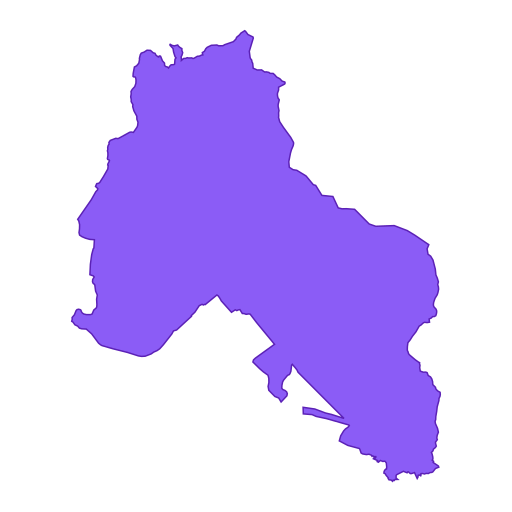 Bunesti, Vâlcea, Romania (Mercator projection)
{"feature_id": "2599482B20268372174714", "entity_name": "Bunesti", "entity_type": "district", "adm_level": 2, "iso_a3": "ROU", "parent_name": "Romania", "parent_adm1": "Vâlcea", "projection": "mercator", "projection_center": [24.207, 45.108], "detail": "fine", "context": "isolated", "style": "filled", "palette": "violet", "viewbox_px": 512, "rotation_deg": 0, "n_neighbors": 0, "source": "geoboundaries", "source_scale": "gbopen_adm2", "svg_char_len": 5949}
<svg xmlns="http://www.w3.org/2000/svg" viewBox="0 0 512 512"><path d="M417.2,478.5L417.9,477.3L418.2,475.2L419.3,475.0L420.7,475.8L421.0,475.0L420.7,474.0L421.0,473.6L422.7,473.5L424.4,474.0L426.1,473.4L428.4,473.5L429.9,472.6L431.8,472.4L432.8,471.9L435.5,468.5L438.8,467.2L438.4,466.0L433.2,462.5L433.6,461.3L432.2,460.2L432.9,459.0L432.8,457.0L432.1,454.0L431.4,452.5L433.0,450.8L433.4,449.2L435.4,447.5L436.3,446.1L435.6,443.5L435.5,442.1L437.3,439.7L436.8,438.0L437.2,435.3L438.4,432.2L437.5,428.3L435.4,423.5L435.1,421.2L435.7,419.6L435.8,416.6L436.7,411.3L437.2,406.8L438.9,400.6L439.0,398.5L440.0,396.3L440.3,394.4L440.1,392.3L437.8,391.0L436.5,389.7L435.7,388.6L435.5,387.3L432.8,384.6L432.6,381.6L431.8,378.9L430.5,376.9L428.2,375.5L427.1,372.6L425.8,372.1L423.3,372.2L420.3,371.1L419.7,367.7L420.0,365.3L419.5,363.6L419.6,362.6L418.8,362.3L415.3,359.8L409.3,354.7L408.5,353.5L407.9,351.4L407.4,350.7L407.3,349.4L407.4,346.5L407.9,342.7L410.1,340.0L412.5,336.2L415.9,331.9L419.2,326.1L420.9,325.1L423.4,322.8L424.6,322.3L427.1,322.6L429.5,322.2L429.1,319.0L431.3,318.0L432.6,316.6L434.2,316.6L435.8,315.7L436.4,313.8L436.7,311.9L436.6,310.6L436.0,309.1L434.0,306.9L433.5,305.7L433.4,304.3L433.7,302.2L435.0,298.4L437.2,294.8L437.9,292.7L438.6,289.2L438.4,286.9L437.7,284.5L438.4,281.9L437.3,278.1L435.9,274.9L435.3,269.1L433.0,260.1L430.7,256.2L428.0,254.2L427.1,248.8L428.8,244.7L415.0,235.3L407.3,230.6L394.2,225.6L375.8,226.3L369.2,224.0L354.6,209.3L346.3,208.7L342.1,208.8L338.2,207.9L332.9,196.5L321.9,195.4L315.7,185.4L313.3,184.7L306.1,176.0L296.8,170.3L293.1,169.7L289.3,167.3L288.8,161.7L290.5,153.0L291.5,149.6L293.1,145.9L293.6,143.7L293.5,142.4L290.8,137.5L283.5,127.5L279.7,121.7L278.5,117.2L278.7,116.2L278.6,112.7L279.0,110.6L278.1,106.2L278.2,104.3L279.2,100.2L279.1,99.4L278.3,98.6L277.7,96.9L277.4,94.9L277.5,93.1L278.6,90.0L278.6,87.2L284.7,84.0L285.1,83.0L284.8,82.0L282.1,81.1L279.8,78.7L276.6,77.0L274.8,74.9L273.1,73.4L270.8,73.4L269.8,73.2L268.9,72.4L266.5,71.9L264.6,72.0L261.6,69.9L257.3,70.0L253.2,68.2L252.7,63.3L252.0,61.9L251.6,59.9L250.5,58.6L250.1,57.5L249.3,51.3L253.3,38.1L253.0,37.0L247.9,34.5L245.6,31.4L244.7,30.7L240.9,33.1L239.5,34.9L236.6,37.3L235.9,39.1L233.3,41.7L224.6,44.7L223.0,45.7L218.7,45.8L216.9,45.0L211.3,45.3L207.2,47.3L205.8,48.7L204.4,51.3L202.3,52.6L202.8,54.9L201.7,55.0L199.4,56.1L197.3,56.3L194.1,58.2L193.0,58.5L191.8,57.9L188.7,58.0L187.2,57.7L185.6,58.4L183.8,58.4L181.4,60.4L181.5,58.7L181.2,57.9L181.2,56.7L181.9,55.4L182.7,52.7L181.9,50.5L181.9,48.6L180.0,47.5L178.4,46.1L177.7,45.0L174.2,45.9L171.9,45.3L170.2,44.3L169.9,44.8L170.1,45.4L173.0,48.5L173.6,52.1L175.0,56.6L176.0,57.9L175.0,59.2L174.6,64.1L173.9,64.6L171.1,64.8L169.7,66.2L168.5,68.0L167.2,66.9L165.6,66.5L164.6,65.4L164.5,63.1L162.5,60.9L160.6,56.3L159.9,55.9L159.0,56.2L158.7,57.0L157.9,56.7L156.0,55.2L155.0,53.3L153.2,52.8L150.5,50.4L147.0,50.2L144.1,52.1L141.3,53.1L140.3,54.7L139.4,58.3L139.5,59.7L138.8,63.2L136.6,65.8L134.4,67.0L133.2,73.3L133.0,76.3L133.5,76.8L135.1,77.0L135.6,77.7L136.0,79.9L135.9,83.3L134.7,86.7L132.2,89.4L131.0,91.5L131.2,93.7L130.7,96.9L131.2,99.4L131.2,101.7L132.9,104.6L132.7,106.6L133.9,110.8L136.8,116.2L136.9,119.3L138.0,122.3L137.6,125.7L137.0,127.2L133.4,132.4L131.1,132.0L129.6,132.3L118.7,138.3L117.9,138.6L115.8,138.3L110.3,140.4L109.1,142.1L108.9,142.5L109.1,144.1L108.2,145.4L107.7,147.3L107.8,149.5L107.4,150.8L107.9,152.7L107.9,155.6L107.4,158.6L107.7,159.4L109.3,160.2L109.5,160.7L107.9,163.9L107.7,165.0L108.2,165.4L107.8,169.0L103.4,176.7L99.7,182.5L98.6,183.3L96.8,183.6L96.5,184.1L95.5,186.5L97.8,188.6L97.6,189.8L95.8,191.7L91.3,199.7L77.7,219.3L78.8,221.0L79.6,224.7L79.5,228.9L79.0,232.6L79.6,235.1L82.0,236.7L85.5,238.2L89.8,239.4L94.4,239.7L93.9,247.9L93.2,248.9L91.7,254.6L90.4,264.2L89.9,274.7L93.3,275.9L94.2,277.0L92.7,279.4L92.5,281.7L93.0,283.1L93.5,283.7L94.2,284.1L94.8,285.0L95.6,291.1L97.3,295.0L96.6,299.2L96.9,304.7L96.7,307.0L96.2,308.0L93.8,310.0L92.1,314.0L90.6,314.6L86.4,314.6L83.8,314.0L82.3,313.0L81.3,311.5L81.0,310.3L80.4,309.7L78.6,309.2L77.0,309.6L76.1,310.6L74.4,314.8L72.1,317.5L72.2,319.3L71.7,321.3L73.0,322.1L74.9,324.8L77.7,326.1L79.4,328.1L81.6,328.8L86.3,329.1L91.7,333.9L98.6,343.2L100.7,344.9L102.0,345.6L112.7,348.7L127.4,352.4L138.4,355.9L141.6,356.4L145.2,356.2L151.2,353.9L153.7,352.1L157.1,350.6L159.7,348.8L163.4,344.7L171.8,334.0L173.5,330.9L176.6,330.0L191.5,316.3L191.3,315.6L194.9,312.2L199.2,305.7L201.6,304.5L202.4,304.4L203.3,305.0L204.4,304.4L205.2,304.6L216.9,295.0L218.2,295.9L219.8,298.2L221.3,300.9L231.5,312.3L235.3,309.8L236.8,310.6L238.3,309.9L239.9,309.6L242.3,313.5L244.1,313.6L246.1,314.3L248.9,313.9L250.2,314.2L256.7,322.7L274.5,344.3L255.4,358.1L253.5,359.9L252.9,362.0L259.7,368.7L263.4,371.9L268.0,375.2L268.8,378.4L268.9,382.4L268.1,386.4L268.8,390.3L274.9,396.5L278.7,398.0L281.1,402.0L286.9,395.8L287.3,393.6L286.6,391.8L284.9,390.4L282.9,389.6L281.8,388.3L281.9,385.5L282.6,382.0L283.6,380.1L287.5,375.4L289.4,374.5L290.2,373.1L290.9,371.2L291.6,365.1L292.3,364.3L295.3,367.8L297.0,370.0L298.0,372.2L344.0,418.4L331.4,414.4L325.5,413.0L314.8,409.0L303.1,407.3L303.3,413.9L312.1,414.6L316.1,416.4L326.4,418.6L348.9,425.0L349.3,425.6L348.0,427.2L345.5,428.9L343.6,431.0L340.7,435.8L339.3,440.9L347.8,445.4L359.3,448.5L359.8,449.2L361.1,453.0L362.6,453.9L366.4,454.6L369.0,454.2L371.4,455.2L372.0,456.3L372.7,455.9L374.2,456.6L375.8,456.6L375.8,457.3L375.3,458.0L373.5,458.1L373.3,458.7L377.6,460.6L377.2,461.6L378.4,462.2L380.4,460.5L383.0,461.5L383.9,461.2L385.0,461.3L386.3,462.9L386.7,467.1L386.5,469.0L385.8,469.1L384.7,470.2L384.1,471.5L383.9,473.1L385.4,473.9L386.0,475.2L388.3,477.9L388.1,478.5L389.1,479.9L389.8,479.8L391.1,480.1L392.6,481.3L393.2,480.1L394.2,480.5L395.0,479.5L397.7,479.4L396.1,478.1L396.1,475.6L396.5,474.8L403.4,471.3L407.1,472.8L407.8,471.9L408.5,471.9L410.3,473.6L411.4,473.6L414.5,472.6L417.2,478.5Z" fill="#8b5cf6" stroke="#5b21b6" stroke-width="1.5"/></svg>